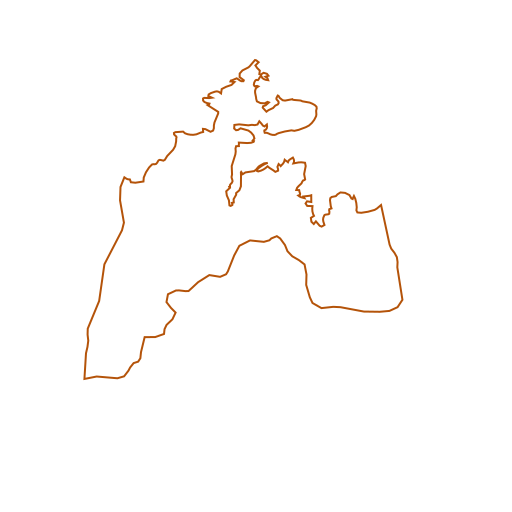 an SVG outline of Izmir, rotated 113°
{"feature_id": "TUR-2230", "entity_name": "Izmir", "entity_type": "Province", "adm_level": 1, "iso_a3": "TUR", "parent_name": "Turkey", "parent_adm1": "", "projection": "natural_earth1", "projection_center": [26.887, 38.676], "detail": "fine", "context": "isolated", "style": "outline", "palette": "amber", "viewbox_px": 512, "rotation_deg": 113, "n_neighbors": 0, "source": "natural_earth", "source_scale": "10m", "svg_char_len": 5346}
<svg xmlns="http://www.w3.org/2000/svg" viewBox="0 0 512 512"><g transform="rotate(113 256 256)"><path d="M235.0,407.9L235.2,406.9L235.5,405.3L235.4,403.7L234.8,402.0L237.0,400.0L235.7,395.7L231.4,388.7L227.6,390.0L221.9,390.0L216.3,389.0L212.4,387.5L211.6,386.4L211.1,385.0L210.2,383.9L208.6,383.4L207.4,383.3L206.2,383.1L205.3,382.5L204.9,381.5L204.4,378.5L203.1,377.5L198.6,376.8L190.6,373.8L186.5,373.3L181.7,374.3L178.9,375.4L177.9,375.5L177.1,376.1L176.7,377.5L176.1,378.9L174.8,379.6L173.5,378.6L170.0,371.7L170.8,369.2L170.6,366.4L169.9,363.5L168.9,361.0L167.3,358.4L163.9,355.0L162.5,353.1L159.7,354.5L159.0,352.1L159.4,346.4L157.3,344.5L154.9,344.7L152.2,345.8L149.3,346.4L139.6,346.5L138.1,347.1L136.0,359.6L135.3,359.0L135.2,358.9L134.9,358.4L133.9,358.4L134.4,361.1L134.4,363.6L133.6,365.4L131.7,366.3L130.7,365.5L128.9,360.7L127.5,358.4L127.4,362.4L125.8,362.7L123.7,361.2L120.7,357.9L119.7,356.3L119.4,354.4L120.0,351.7L115.7,352.8L111.9,349.6L108.1,345.4L104.3,343.8L105.0,346.8L105.3,347.7L104.3,347.7L103.4,346.5L100.0,343.2L100.3,341.2L100.7,339.5L100.8,337.8L100.0,335.9L99.0,335.9L97.7,341.0L94.4,342.3L90.5,341.0L85.5,336.8L84.0,336.0L76.0,333.5L75.8,332.3L76.6,329.3L80.8,331.0L82.5,328.4L83.9,324.9L87.3,324.0L87.3,322.6L84.4,320.6L84.0,317.1L85.2,315.0L87.3,317.3L87.6,315.5L88.0,314.7L88.6,314.3L89.4,313.5L90.0,315.8L90.1,317.9L89.7,319.7L88.3,321.4L89.1,322.0L89.9,322.3L90.9,322.5L92.1,322.6L93.3,322.9L93.6,323.7L93.8,324.6L94.8,325.2L97.0,325.4L99.3,324.9L100.3,323.6L99.0,321.4L99.0,320.1L101.4,321.6L102.4,321.6L104.3,321.4L106.1,320.6L110.0,317.9L111.2,317.3L113.3,315.6L113.5,311.7L112.1,307.7L109.6,305.6L109.6,304.1L113.5,306.0L115.4,308.0L116.8,307.8L119.1,302.8L116.9,301.5L113.1,298.1L110.0,297.0L107.9,295.1L106.4,294.9L105.0,295.7L103.8,298.3L102.8,298.9L99.8,298.7L99.8,297.9L101.2,295.9L102.2,292.3L101.6,290.0L97.0,283.1L97.9,284.4L97.5,282.0L95.6,276.2L95.4,275.1L95.5,273.8L93.8,266.5L93.8,263.8L94.1,260.9L94.9,258.7L96.4,257.8L98.8,257.4L102.2,255.7L103.9,255.3L108.0,255.6L111.8,256.6L115.2,258.2L118.0,260.5L123.2,266.0L125.8,269.6L126.5,272.5L130.1,278.1L134.0,283.1L135.3,284.4L136.4,285.1L137.3,286.2L138.1,288.3L138.4,290.5L138.3,292.4L138.4,294.2L139.2,296.1L138.2,296.9L137.7,297.2L137.1,297.4L135.8,296.3L134.2,296.0L132.4,296.4L130.7,297.4L133.4,298.8L133.3,300.5L132.0,302.8L130.7,305.6L134.4,306.0L136.0,308.2L136.9,311.1L138.7,314.1L141.4,322.9L143.8,327.1L147.2,325.9L148.0,323.5L147.0,321.8L144.5,320.1L143.5,312.0L144.3,308.7L146.0,305.4L148.4,303.4L151.0,304.1L151.0,302.8L151.9,302.8L153.7,304.8L155.5,308.3L158.3,316.1L159.0,315.7L160.8,315.1L161.5,314.7L162.7,317.2L165.0,316.9L167.7,315.5L170.5,314.7L182.7,313.5L190.3,309.9L192.8,309.4L193.5,309.0L195.5,307.3L196.4,306.8L198.0,306.8L199.5,307.4L200.9,307.7L202.8,306.8L203.0,307.5L203.8,306.8L208.1,308.7L211.7,306.5L215.3,302.7L219.8,300.2L219.8,298.9L218.3,297.7L217.6,297.9L216.5,298.9L215.4,297.4L212.5,298.8L207.3,298.2L205.9,298.9L202.0,297.0L197.8,297.1L188.1,301.1L184.9,302.6L184.4,302.5L185.9,300.2L183.2,298.4L178.6,290.9L176.5,289.7L172.6,288.5L171.1,287.5L167.6,284.8L165.7,281.6L168.0,283.9L170.7,285.9L174.9,288.5L177.3,288.3L177.3,287.0L175.5,284.8L173.5,283.0L171.4,281.6L168.9,280.4L169.6,278.2L170.4,273.4L171.0,271.1L168.8,269.0L167.3,269.7L165.6,271.1L162.5,271.1L163.2,269.1L163.6,268.4L160.3,267.2L158.4,266.9L156.2,267.2L156.5,266.3L156.9,264.1L157.2,263.2L155.2,263.2L153.7,262.4L151.0,260.5L152.1,259.2L153.2,258.3L154.6,257.8L156.2,257.8L153.2,253.3L152.0,250.8L151.0,247.3L153.8,245.4L161.8,243.7L166.3,240.7L167.1,241.0L167.7,241.7L167.9,242.0L168.2,242.2L169.9,242.5L171.4,242.5L175.0,244.1L177.1,244.8L179.5,244.7L178.5,242.0L180.0,241.0L181.3,239.8L182.5,239.4L183.8,240.7L184.2,239.2L184.3,237.8L184.1,236.1L183.8,234.1L182.7,235.6L179.6,230.2L178.5,228.9L184.7,226.2L185.7,230.4L188.3,230.9L189.9,228.4L188.0,223.5L190.5,222.7L192.9,221.5L195.0,219.9L196.4,218.3L199.5,220.4L202.8,218.4L204.0,215.3L200.7,214.4L203.3,209.2L203.3,207.1L200.7,205.1L198.1,207.4L196.3,208.5L194.5,209.0L191.7,209.0L190.9,208.4L189.3,205.7L188.5,205.1L186.6,205.7L185.3,206.6L184.2,206.8L182.7,205.1L181.0,206.6L175.7,209.7L173.7,210.2L172.1,209.4L169.7,205.9L167.4,205.1L164.5,203.1L163.1,198.7L163.4,193.8L165.8,190.6L165.8,189.3L165.0,189.4L162.5,189.3L164.5,187.0L168.0,184.4L171.8,182.3L174.8,181.4L176.3,179.7L175.1,176.0L171.5,170.2L167.2,164.8L165.0,163.2L160.2,160.8L193.3,137.5L196.4,134.4L198.9,129.9L202.0,125.9L206.3,123.3L211.2,121.5L239.1,104.1L247.8,105.7L254.4,111.7L259.0,120.3L265.0,135.0L270.1,158.2L272.6,165.0L278.4,175.4L277.2,185.6L273.0,190.3L263.0,198.5L253.3,202.3L244.8,208.0L243.0,215.0L242.1,222.5L239.3,228.9L234.6,233.6L230.4,240.6L229.6,244.6L233.9,248.8L236.3,249.8L239.9,254.3L244.0,267.6L253.1,275.3L264.0,276.3L281.3,275.9L284.5,276.4L289.2,280.9L291.8,291.5L302.6,299.0L314.6,304.4L315.9,307.2L317.7,313.3L319.0,316.2L325.6,322.1L333.4,320.4L337.0,314.0L339.5,307.9L346.9,308.2L354.3,311.4L359.1,311.6L363.7,310.2L370.0,317.1L374.2,326.8L389.4,324.3L395.3,322.5L399.3,323.2L402.4,326.8L407.8,328.3L411.4,328.6L418.3,330.4L422.7,335.8L429.2,355.6L436.2,365.9L411.9,374.5L405.6,375.6L399.5,377.3L394.2,380.3L388.6,382.5L358.7,382.8L322.9,392.3L284.7,389.4L276.9,390.6L257.9,402.9L245.4,407.7L235.3,407.9L235.0,407.9Z" fill="none" stroke="#b45309" stroke-width="2"/></g></svg>